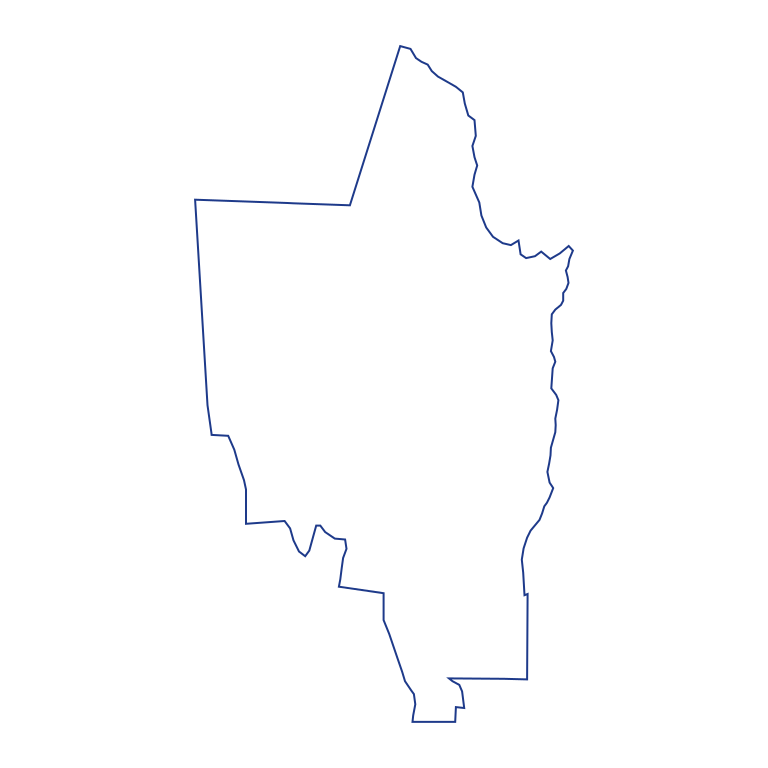 Seremban, Negeri Sembilan, Malaysia (Equal Earth projection)
{"feature_id": "92858781B89018388239971", "entity_name": "Seremban", "entity_type": "district", "adm_level": 2, "iso_a3": "MYS", "parent_name": "Malaysia", "parent_adm1": "Negeri Sembilan", "projection": "equal_earth", "projection_center": [101.966, 2.756], "detail": "fine", "context": "isolated", "style": "outline", "palette": "blue", "viewbox_px": 768, "rotation_deg": 0, "n_neighbors": 0, "source": "geoboundaries", "source_scale": "gbopen_adm2", "svg_char_len": 1688}
<svg xmlns="http://www.w3.org/2000/svg" viewBox="0 0 768 768"><path d="M400.2,46.1L349.9,205.3L293.5,203.3L287.5,203.0L242.9,201.4L195.1,199.7L207.5,405.2L211.4,432.8L211.6,434.9L228.2,435.8L234.3,449.7L238.5,464.5L244.0,480.2L246.0,489.5L246.0,504.3L246.0,523.8L284.6,521.0L290.1,528.4L293.5,540.4L299.0,551.5L305.2,556.2L309.3,550.6L316.2,525.6L320.3,525.6L325.2,532.1L334.8,538.6L345.1,539.5L346.5,548.8L343.1,558.0L341.7,568.2L340.3,579.3L338.9,586.7L383.6,593.2L383.6,608.9L383.6,620.1L389.2,633.9L397.4,658.0L402.2,671.9L405.0,681.2L411.2,690.4L413.9,694.1L415.3,704.3L413.2,715.4L412.5,721.9L455.2,721.9L455.9,707.1L464.2,708.0L462.1,691.4L459.3,684.9L452.5,681.2L449.0,678.4L503.8,678.8L527.1,679.4L527.6,594.0L524.5,595.2L523.2,572.7L521.8,559.6L523.6,548.4L527.1,537.7L530.6,530.6L539.5,519.9L542.1,513.4L544.3,506.3L546.9,502.8L549.6,497.4L553.2,488.1L553.1,487.9L549.6,482.6L547.4,471.9L549.1,463.7L550.5,455.4L550.9,447.7L555.3,432.2L555.7,425.1L555.3,418.6L557.1,409.7L558.4,400.2L556.2,394.9L551.3,388.4L552.7,368.3L555.3,361.7L554.0,357.0L550.9,351.1L552.7,340.4L551.8,332.1L551.3,323.2L551.8,314.3L555.3,309.6L561.0,304.9L563.2,300.7L563.2,293.0L566.3,288.9L568.5,282.9L567.6,277.0L565.9,270.5L568.1,266.3L569.4,259.0L572.9,250.6L568.7,246.0L559.8,253.4L550.2,259.0L541.2,251.6L535.0,256.2L526.1,258.1L520.6,254.3L518.5,240.5L510.9,245.1L502.7,243.2L493.0,236.8L486.2,227.5L481.4,215.5L479.3,202.5L472.4,186.8L474.5,174.7L477.2,165.5L474.5,157.2L472.4,146.0L475.8,135.9L474.5,120.1L468.3,115.5L464.8,103.5L462.8,92.4L455.9,86.8L446.3,81.3L438.0,76.6L431.8,71.1L427.7,64.6L421.5,61.8L416.0,58.1L410.5,48.9L400.2,46.1Z" fill="none" stroke="#1e3a8a" stroke-width="2"/></svg>